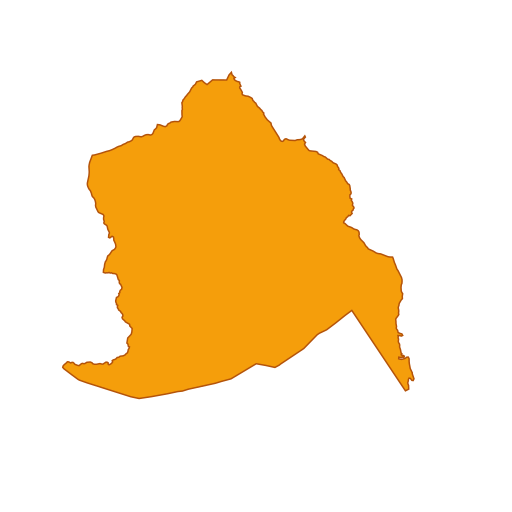 Malava, Western, Kenya (Mercator projection), rotated 106°
{"feature_id": "3690345B31807063616851", "entity_name": "Malava", "entity_type": "district", "adm_level": 2, "iso_a3": "KEN", "parent_name": "Kenya", "parent_adm1": "Western", "projection": "mercator", "projection_center": [34.832, 0.47], "detail": "fine", "context": "isolated", "style": "filled", "palette": "amber", "viewbox_px": 512, "rotation_deg": 106, "n_neighbors": 0, "source": "geoboundaries", "source_scale": "gbopen_adm2", "svg_char_len": 6101}
<svg xmlns="http://www.w3.org/2000/svg" viewBox="0 0 512 512"><g transform="rotate(106 256 256)"><path d="M127.1,242.2L130.5,243.6L131.4,244.7L132.2,246.3L132.9,248.4L134.2,250.2L135.5,255.8L135.3,257.8L135.0,258.8L135.4,260.2L136.4,261.0L137.5,261.2L138.5,262.0L138.7,263.3L138.1,264.5L136.9,265.8L135.7,266.6L126.6,276.8L125.3,277.7L124.1,278.2L122.0,282.7L119.5,286.0L118.5,286.8L117.7,287.8L116.4,287.9L115.8,289.2L114.5,290.5L113.8,292.0L112.8,293.4L112.2,295.0L111.5,296.2L109.1,298.4L108.7,299.7L107.9,300.7L107.4,301.8L105.6,303.1L105.1,304.7L104.6,307.6L105.0,310.1L104.9,311.9L104.7,313.5L103.7,314.2L102.5,314.2L99.8,316.9L99.0,318.0L97.6,318.2L96.9,317.3L94.7,319.2L93.5,319.5L93.3,320.6L93.4,322.0L93.1,323.7L92.6,325.2L91.3,326.2L90.2,325.2L89.7,326.9L88.9,327.8L88.5,328.9L86.2,330.3L89.3,331.8L94.9,332.7L98.7,346.3L104.7,350.3L103.7,353.3L102.1,356.5L105.0,361.1L107.6,361.6L108.7,362.3L109.8,363.2L111.0,363.4L112.3,364.2L116.5,365.0L119.8,366.6L121.0,366.9L122.0,367.6L124.9,368.5L126.2,369.2L127.7,369.1L129.1,369.5L132.4,368.1L133.9,367.8L135.2,367.2L136.6,367.3L140.9,366.0L142.0,365.4L143.3,365.5L146.8,366.4L148.0,367.2L148.4,368.2L149.1,371.3L150.7,374.6L152.0,375.5L153.0,376.8L153.9,377.3L155.4,377.6L156.7,378.9L156.8,380.7L156.4,384.4L156.8,387.0L160.1,386.9L161.5,387.6L162.8,388.5L166.7,388.9L167.9,389.5L168.9,390.9L168.9,392.5L169.2,393.8L169.7,395.0L170.8,396.5L172.1,397.7L173.1,399.2L173.4,402.0L174.2,404.5L174.9,405.6L175.7,406.3L178.6,406.9L180.2,408.2L181.3,409.6L181.9,410.8L183.9,412.5L185.3,414.4L187.1,416.0L188.4,418.1L189.7,419.7L191.3,421.2L193.4,423.6L195.1,425.8L196.7,428.6L199.9,433.3L203.4,439.1L204.3,441.1L211.9,441.7L214.6,441.5L216.2,441.2L221.1,439.5L222.9,439.1L225.1,438.7L232.5,438.2L234.1,437.7L235.3,437.0L236.7,435.9L238.0,434.6L238.8,433.3L241.1,431.5L242.4,430.8L243.9,429.7L245.1,427.6L246.5,426.3L248.1,425.3L249.8,424.5L251.6,424.2L253.1,423.5L256.6,420.4L257.5,419.4L257.8,417.7L258.2,414.4L259.4,413.2L260.9,413.1L262.6,412.7L264.6,411.4L266.2,411.4L266.9,410.6L267.7,408.0L268.5,407.2L271.0,405.9L272.1,405.0L273.1,404.0L274.3,403.2L275.9,403.4L278.7,402.9L278.9,401.5L276.7,399.8L277.0,398.3L278.5,397.5L279.9,397.1L282.2,395.1L283.6,394.1L285.7,393.2L287.1,393.3L288.7,393.9L290.6,395.8L294.1,396.9L295.4,397.5L296.8,398.5L298.2,398.6L299.8,398.5L301.7,398.7L302.9,399.2L304.1,399.2L305.7,399.2L308.6,398.7L311.2,398.8L313.8,398.2L313.9,396.2L313.2,394.7L313.0,393.6L312.3,392.7L312.6,391.5L312.0,390.4L312.3,389.0L311.9,387.2L311.9,385.7L312.5,384.5L316.7,381.8L317.2,380.6L319.0,380.2L320.2,379.5L320.4,378.5L323.0,376.2L325.0,376.0L326.2,376.9L327.5,377.2L328.8,376.8L329.9,377.6L330.9,376.9L332.5,377.1L333.5,377.7L334.3,378.7L337.9,378.5L339.1,377.9L340.1,377.0L341.2,376.7L341.5,375.3L342.7,375.3L343.9,375.0L344.7,373.9L345.7,373.2L346.6,370.9L347.6,370.1L348.1,369.0L349.0,368.0L350.4,367.4L351.8,367.9L353.2,367.0L354.5,364.3L355.3,363.4L356.5,358.7L358.1,358.0L359.8,355.1L363.3,354.4L365.7,354.4L370.2,356.7L375.3,356.1L375.9,354.9L378.2,353.7L378.2,352.6L379.5,352.5L381.2,353.0L382.9,352.8L384.5,352.9L385.7,353.9L387.3,354.7L388.6,356.2L389.8,359.0L391.2,360.0L391.8,361.5L393.2,362.1L394.3,363.1L395.2,364.6L396.3,365.4L397.3,364.6L398.9,365.2L400.2,366.2L401.1,367.3L400.6,368.4L399.5,368.6L399.1,369.8L399.4,371.0L402.2,373.4L402.4,375.0L402.4,376.3L404.0,379.4L404.6,381.4L404.6,383.0L403.8,384.3L403.6,386.1L404.8,389.3L406.6,390.9L407.0,392.0L407.0,393.1L407.6,394.1L410.2,395.9L410.3,397.5L410.0,400.4L409.3,401.3L408.7,402.7L409.1,403.8L409.9,404.6L409.4,406.8L409.7,408.2L411.0,408.8L413.3,410.4L414.8,411.1L416.3,411.1L417.3,409.7L421.1,399.9L423.6,393.2L424.0,391.6L424.5,383.5L425.8,337.6L425.2,329.1L420.0,317.7L412.6,302.7L407.9,293.9L406.1,289.5L402.6,284.2L389.6,260.1L386.1,254.7L381.0,246.2L359.5,226.1L358.5,216.5L357.9,207.1L354.4,203.5L353.3,202.8L331.8,184.6L314.7,175.4L312.7,173.7L307.5,167.8L298.3,160.9L288.3,153.8L281.9,148.9L344.4,75.2L341.9,72.5L338.3,73.7L337.2,74.6L336.0,75.2L334.1,75.2L332.5,75.5L331.2,75.2L331.1,73.9L332.6,71.9L332.4,70.6L330.5,70.3L326.2,73.3L325.2,73.6L321.7,76.7L317.3,78.9L315.3,79.7L312.6,80.5L311.2,81.8L311.7,83.2L313.4,84.5L315.2,87.4L315.5,89.0L315.5,90.5L313.9,90.9L313.5,88.3L312.8,87.2L312.6,85.9L311.4,85.8L311.0,87.1L311.5,88.1L310.9,89.2L309.9,88.7L309.2,89.8L306.2,91.3L303.9,92.9L302.5,93.2L301.2,93.7L300.1,94.9L299.1,95.6L296.5,96.1L295.5,96.9L294.4,97.0L293.3,97.6L292.9,95.9L292.9,94.2L291.9,93.1L290.7,94.3L290.7,96.1L290.4,98.3L288.4,99.4L287.6,100.6L286.7,101.3L285.0,101.5L282.4,102.8L280.2,103.5L278.8,104.1L277.7,104.3L274.9,103.2L273.0,102.6L271.4,103.3L269.6,103.6L267.9,104.3L266.7,105.0L265.4,105.1L264.0,105.0L262.9,105.2L261.8,105.2L258.2,104.3L256.7,103.5L254.4,104.3L251.8,104.6L250.8,105.8L249.7,106.7L246.4,107.9L243.7,108.4L242.0,108.2L240.2,108.6L238.5,109.1L236.6,110.2L230.9,115.5L229.8,116.9L226.0,119.6L224.2,121.1L220.5,123.5L219.4,124.4L220.2,127.7L220.3,129.1L219.6,136.7L220.0,139.4L220.0,141.1L219.0,144.7L218.2,150.1L217.1,151.2L216.6,152.5L215.5,153.9L213.5,155.9L211.4,159.7L210.3,161.1L209.1,162.1L207.9,162.8L206.9,162.7L205.7,163.1L204.6,163.6L203.6,164.6L203.0,166.3L203.1,167.8L203.0,169.7L202.5,171.1L202.2,172.6L202.0,176.0L200.2,179.5L199.9,180.9L198.8,181.1L197.3,180.7L196.0,180.0L194.3,179.7L192.8,178.6L191.4,178.1L191.4,176.8L188.6,175.3L187.5,176.3L186.3,176.2L185.3,175.4L184.0,175.4L182.8,175.0L181.6,175.9L180.9,177.2L179.8,177.4L178.5,177.5L177.2,178.6L176.3,179.7L174.8,179.7L174.5,181.5L172.9,182.2L171.3,182.6L170.4,182.0L169.2,181.9L167.8,182.6L166.6,183.6L165.5,183.9L162.5,185.3L161.6,186.1L161.2,187.8L159.8,189.3L159.0,190.6L156.3,192.9L155.6,194.2L153.1,196.5L152.4,197.6L150.9,198.7L150.2,200.3L149.2,200.4L148.3,201.1L147.5,202.3L146.2,203.0L145.5,204.4L145.1,207.6L144.1,209.4L143.7,211.2L143.0,212.5L143.2,213.8L142.3,215.5L141.7,216.9L141.7,218.3L141.2,219.7L140.6,224.4L139.3,225.4L139.0,227.2L140.0,232.9L139.9,234.3L136.6,239.1L135.0,240.2L133.2,239.7L132.5,241.1L131.6,242.0L130.6,242.5L128.1,241.3L127.1,242.2Z" fill="#f59e0b" stroke="#b45309" stroke-width="1.5"/></g></svg>